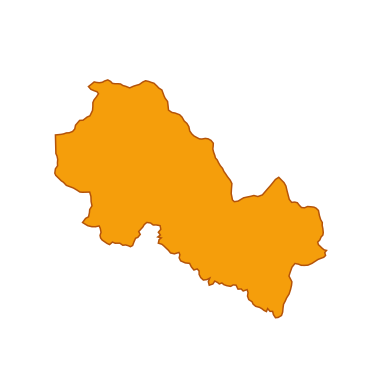 outline of Aguaí, São Paulo, Brazil, rotated 205°
{"feature_id": "56859067B42801788146128", "entity_name": "Aguaí", "entity_type": "district", "adm_level": 2, "iso_a3": "BRA", "parent_name": "Brazil", "parent_adm1": "São Paulo", "projection": "robinson", "projection_center": [-47.051, -22.058], "detail": "fine", "context": "isolated", "style": "filled", "palette": "amber", "viewbox_px": 384, "rotation_deg": 205, "n_neighbors": 0, "source": "geoboundaries", "source_scale": "gbopen_adm2", "svg_char_len": 3452}
<svg xmlns="http://www.w3.org/2000/svg" viewBox="0 0 384 384"><g transform="rotate(205 192 192)"><path d="M278.3,118.1L275.1,117.7L272.2,117.4L268.2,118.2L264.8,119.7L261.8,122.0L259.8,120.3L257.4,117.0L257.0,113.8L255.4,111.7L253.2,110.5L250.3,110.0L247.3,109.5L244.5,109.5L242.9,113.0L240.0,113.1L235.8,115.1L232.2,114.5L229.9,115.9L227.1,116.4L224.7,116.4L223.2,118.4L223.5,122.0L223.6,126.2L221.9,128.0L221.0,131.7L223.6,133.6L222.6,136.8L221.8,139.3L221.5,142.3L220.1,145.3L216.5,146.4L213.2,145.7L210.6,147.0L206.7,148.0L204.5,145.0L205.5,141.3L202.5,139.7L204.0,136.8L200.5,137.4L201.7,134.9L200.9,131.4L197.2,131.9L194.9,131.3L191.4,130.1L188.7,129.2L185.7,127.7L181.8,128.5L178.3,131.7L176.5,130.1L175.8,126.9L173.2,124.8L168.1,124.9L164.0,126.3L161.0,123.9L157.3,122.1L154.8,124.5L152.2,123.4L150.7,120.3L147.9,118.1L144.5,117.0L141.5,118.9L139.5,121.5L139.3,117.6L137.0,114.8L134.2,117.5L133.7,120.9L130.6,120.8L128.4,120.2L126.5,122.2L124.0,121.5L120.9,121.8L117.1,122.8L115.4,125.2L112.7,126.2L109.3,123.4L106.4,124.9L103.8,123.9L100.8,126.8L98.7,124.5L97.7,121.1L95.1,118.5L91.2,117.9L89.2,116.2L86.0,115.3L81.9,116.0L79.1,115.7L76.6,115.1L74.0,115.1L74.2,118.3L70.8,116.8L68.5,117.9L66.4,115.3L63.2,113.3L60.9,114.7L58.7,117.9L59.1,121.5L60.4,125.1L61.6,128.9L61.4,132.6L61.5,135.9L60.9,140.5L61.5,145.3L62.4,149.6L63.5,152.8L65.9,154.7L68.6,156.8L69.1,160.6L69.6,166.1L68.5,170.7L65.0,171.6L62.1,171.7L59.1,173.0L56.0,174.7L53.1,178.0L49.3,184.1L47.5,186.0L45.0,188.5L44.1,190.9L46.1,193.2L45.4,195.9L47.8,195.4L50.5,196.1L53.0,197.0L55.2,197.7L56.9,199.7L55.9,202.5L56.0,205.8L55.2,208.3L55.9,210.7L58.0,214.2L59.9,216.8L61.0,219.4L63.7,221.3L66.5,224.4L69.6,228.7L72.7,229.8L75.1,229.8L77.6,229.0L81.1,227.7L83.4,225.2L86.2,224.2L89.3,225.4L92.0,226.8L94.6,226.3L97.3,224.7L100.7,226.4L106.5,233.4L109.4,237.1L112.6,239.4L115.9,240.6L119.6,242.0L121.7,238.6L122.6,234.8L123.7,230.5L124.8,226.8L127.0,219.1L130.4,215.7L134.4,215.0L137.1,212.8L140.1,210.6L142.8,208.5L144.4,206.2L146.4,203.2L149.6,201.1L152.0,201.9L153.7,204.3L155.8,207.1L157.4,211.1L159.4,216.5L162.3,218.8L166.4,220.9L169.3,222.7L171.8,224.1L174.3,226.3L177.5,227.8L180.4,229.8L182.7,231.7L185.2,232.8L186.8,234.8L189.3,237.3L191.3,239.8L192.2,242.5L193.3,245.2L196.6,246.8L199.9,247.0L202.6,246.2L205.4,244.2L207.7,243.3L210.6,243.4L213.8,243.6L216.6,244.5L219.8,246.3L222.5,249.9L225.6,252.0L229.0,253.0L232.8,255.7L235.9,256.8L240.8,256.4L243.8,255.6L247.9,256.3L250.6,260.8L252.4,263.7L256.1,265.7L258.0,267.3L260.2,269.5L262.4,271.7L266.1,272.2L268.5,273.2L272.4,274.5L275.4,274.1L278.0,273.9L281.1,273.2L283.0,271.0L285.2,267.2L287.5,265.2L289.7,263.2L292.5,260.0L296.6,259.8L299.6,259.3L302.4,259.7L304.7,258.9L307.5,257.6L310.1,256.8L312.5,257.8L315.7,258.0L318.2,255.6L319.6,253.6L322.1,251.9L324.7,251.0L327.2,250.4L328.6,247.4L330.4,243.8L327.0,242.3L323.8,242.4L320.4,242.7L318.3,241.5L318.9,237.4L319.7,234.1L319.6,231.1L318.0,227.6L316.6,223.8L316.7,217.9L318.8,215.5L321.1,211.0L324.1,209.4L325.8,203.3L324.9,199.6L325.8,196.4L328.3,193.8L330.9,192.4L332.8,190.5L335.0,188.9L339.9,186.0L331.6,169.3L329.6,167.6L327.5,164.8L326.3,161.6L324.9,158.9L325.6,155.3L324.3,151.1L322.5,149.5L315.2,146.9L312.6,146.5L308.7,144.9L305.0,145.2L301.2,145.5L297.1,145.1L293.6,144.6L291.1,145.5L284.7,148.7L281.7,145.2L279.4,140.7L276.8,137.2L277.3,132.8L276.2,129.8L275.3,125.8L277.3,123.1L278.3,118.1Z" fill="#f59e0b" stroke="#b45309" stroke-width="1.5"/></g></svg>